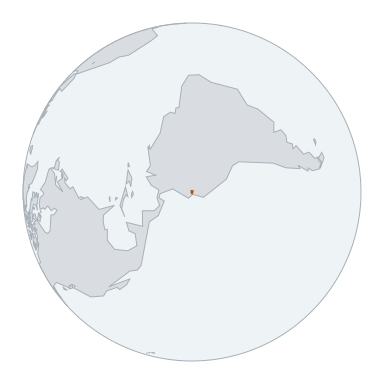 Cañar highlighted on a globe, orthographic projection, rotated 263°
{"feature_id": "ECU-1278", "entity_name": "Cañar", "entity_type": "Province", "adm_level": 1, "iso_a3": "ECU", "parent_name": "Ecuador", "parent_adm1": "", "projection": "orthographic", "projection_center": [-78.969, -2.515], "detail": "fine", "context": "on_globe", "style": "filled", "palette": "amber", "viewbox_px": 384, "rotation_deg": 263, "n_neighbors": 0, "source": "natural_earth", "source_scale": "10m", "svg_char_len": 7100}
<svg xmlns="http://www.w3.org/2000/svg" viewBox="0 0 384 384"><g transform="rotate(263 192 192)"><circle cx="192" cy="192" r="169" fill="#eef3f6" stroke="#a8b0b8"/><path d="M114.7,41.7L118.1,40.1L120.8,38.8L119.7,39.3L123.7,37.5L124.1,37.3L125.8,36.6L134.4,33.2L139.2,31.6L140.7,33.1L149.3,31.3L159.6,33.7L162.0,32.4L167.4,33.3L172.2,32.3L172.8,33.6L176.1,31.8L174.7,30.9L175.7,29.9L178.4,29.4L179.6,30.7L178.4,31.2L180.1,31.4L179.6,32.3L181.4,31.6L182.5,33.6L185.4,31.0L189.6,32.1L189.2,33.6L184.0,34.2L170.4,41.0L168.4,43.7L170.8,46.4L186.4,49.2L186.4,52.3L190.3,55.8L192.7,53.5L190.5,50.0L195.9,47.1L192.7,43.8L194.4,42.3L193.2,39.1L199.0,38.9L205.3,40.7L206.7,43.6L209.5,44.7L212.8,41.8L219.6,47.6L231.8,52.6L233.0,54.5L227.1,57.8L215.5,57.6L207.8,63.9L218.5,59.5L221.3,65.1L224.1,66.1L227.3,65.9L228.5,63.7L230.6,65.9L220.8,70.5L218.7,68.6L221.8,67.0L216.4,67.2L209.9,71.3L211.8,74.4L199.8,78.9L201.0,81.3L199.1,84.0L198.0,79.7L199.8,87.8L186.0,97.6L188.2,113.4L179.9,101.4L173.2,100.2L165.1,100.9L165.3,103.4L154.3,102.1L144.6,108.1L141.4,121.1L145.4,130.8L157.6,130.5L161.1,124.7L169.9,123.2L163.9,138.8L179.4,140.4L178.0,152.2L182.6,158.3L190.2,156.5L198.2,159.3L203.7,152.3L212.7,148.5L213.1,158.1L217.9,149.3L223.1,153.9L240.8,153.7L239.5,155.8L254.5,167.6L270.2,173.1L273.9,180.4L272.0,184.8L277.4,186.3L277.4,189.3L298.2,194.7L308.3,202.7L307.6,213.1L298.4,224.6L288.5,249.6L271.7,257.3L266.3,267.4L251.3,281.8L241.2,280.4L243.0,287.9L236.5,292.1L229.7,292.3L227.6,297.4L222.5,297.5L225.3,300.9L215.9,307.4L217.3,312.9L210.3,318.1L211.4,321.2L209.1,321.1L206.4,322.2L205.8,323.9L199.3,321.0L198.5,313.9L201.7,310.3L198.7,309.7L205.6,300.3L202.0,302.2L204.6,288.1L210.7,276.3L216.3,242.2L213.1,235.4L200.4,227.5L185.3,202.7L189.6,192.4L186.2,187.7L197.4,173.3L194.3,160.2L190.3,158.5L186.4,163.4L172.6,155.6L167.6,146.0L125.4,132.6L121.1,128.2L121.1,120.6L108.0,97.9L113.3,119.7L107.9,115.7L103.9,108.2L106.5,106.0L104.2,95.1L99.6,91.6L100.2,78.8L111.4,62.7L112.7,64.7L115.2,61.1L113.7,58.7L112.1,58.0L118.8,46.4L115.7,43.2L109.3,45.9L114.9,42.8L99.1,51.3L93.9,54.4L103.1,48.8L106.7,46.6L104.8,47.3L108.0,45.4L108.7,45.0L114.7,41.7ZM36.4,135.7L37.6,132.0L37.6,133.9L36.4,135.7ZM37.9,130.0L37.6,131.2L37.8,130.2L37.9,130.0ZM37.8,129.5L37.9,129.9L37.6,129.8L37.8,129.5ZM37.4,129.4L37.7,129.3L37.4,129.4ZM187.5,118.9L205.2,126.6L195.4,127.7L197.2,126.2L192.7,123.0L184.3,120.2L175.6,122.2L187.5,118.9ZM37.4,128.0L37.4,127.5L37.8,127.0L37.4,128.0ZM195.0,109.8L192.0,109.3L194.9,109.2L195.0,109.8ZM110.9,58.2L113.3,58.9L113.5,62.1L111.1,61.6L110.9,58.2ZM111.1,53.1L113.1,52.6L110.1,55.9L109.9,55.1L111.1,53.1ZM103.9,48.7L105.3,48.3L102.9,49.4L103.9,48.7ZM190.1,39.5L191.6,39.3L191.0,39.9L190.1,39.5ZM188.1,38.4L186.4,39.3L185.2,38.9L186.3,38.3L188.1,38.4ZM190.5,37.4L183.3,38.2L181.2,37.6L183.6,35.1L190.5,37.4ZM173.1,30.9L174.7,31.8L170.9,31.6L173.1,30.9ZM170.4,31.0L157.1,32.7L156.1,31.4L160.7,30.9L157.3,30.1L163.3,28.6L166.5,28.7L166.0,29.7L168.7,28.5L170.4,31.0ZM175.8,29.6L173.2,29.8L172.1,28.7L177.1,28.0L175.8,28.5L175.8,29.6ZM153.5,30.8L153.6,30.0L158.4,28.5L159.1,28.1L163.4,28.5L153.5,30.8ZM177.5,28.6L179.6,27.7L182.6,27.8L178.2,29.2L177.5,28.6ZM169.7,28.8L169.4,28.3L171.2,28.3L169.7,28.8ZM194.4,28.5L191.3,28.6L190.5,27.9L194.4,28.5ZM180.2,27.4L179.2,27.3L178.5,27.2L180.5,26.7L180.2,27.4ZM166.5,27.6L168.5,27.2L165.0,27.3L168.5,26.5L170.7,27.0L171.3,26.4L172.3,26.2L172.9,26.9L166.5,27.6ZM180.5,25.9L184.6,26.7L190.4,26.6L191.3,27.1L181.7,27.2L180.5,25.9ZM176.0,26.4L179.0,26.1L178.6,26.7L176.3,27.2L176.0,26.4ZM170.1,25.8L164.2,27.0L163.9,26.9L170.1,25.8ZM182.3,25.7L181.3,25.5L182.8,25.6L182.3,25.7ZM174.0,25.6L171.9,25.9L171.6,25.8L174.0,25.6ZM181.0,25.0L182.3,25.2L180.8,25.5L181.0,25.0ZM177.9,25.2L178.0,24.9L179.5,25.5L177.0,25.3L177.9,25.2ZM174.1,25.4L173.2,25.4L175.0,25.3L174.1,25.4ZM186.0,24.1L188.3,24.8L184.9,25.3L183.2,24.5L186.0,24.1ZM209.9,327.2L199.7,322.1L205.6,324.4L210.4,321.7L215.5,325.6L209.9,327.2ZM223.9,320.4L229.0,319.0L230.0,319.9L226.7,321.1L223.9,320.4ZM312.8,73.9L314.2,76.0L323.9,89.8L323.2,91.2L319.1,88.7L307.8,74.9L310.7,73.5L306.7,69.5L299.4,63.9L300.9,64.2L298.3,62.0L298.8,61.7L292.8,56.5L292.4,56.1L303.0,64.6L312.8,73.9ZM279.2,47.3L279.7,47.6L271.0,42.6L268.8,41.5L279.2,47.3ZM353.4,242.0L353.8,240.5L354.1,239.7L353.4,242.0ZM360.2,207.5L360.8,195.0L360.7,182.8L360.2,177.6L359.8,178.8L358.8,172.7L358.2,172.5L351.3,176.8L346.7,169.0L335.4,145.6L334.9,136.3L330.4,125.8L323.1,91.6L326.5,93.4L326.3,89.5L333.6,99.8L340.0,110.6L345.7,121.8L350.5,133.4L354.4,145.3L357.4,157.5L359.5,169.9L360.7,182.4L360.9,195.0L360.2,207.5ZM331.3,108.4L332.9,111.4L331.3,108.4ZM241.3,153.5L243.5,155.4L240.7,155.4L241.3,153.5ZM194.1,131.5L197.8,131.7L199.8,133.1L197.0,133.6L194.1,131.5ZM224.9,131.5L229.1,132.3L224.8,133.1L224.9,131.5ZM208.0,127.6L221.6,131.2L213.2,134.0L204.6,131.9L210.5,131.0L208.0,127.6ZM193.5,115.1L195.8,115.7L195.2,117.3L193.5,115.1ZM197.2,109.8L196.3,110.0L195.1,108.7L197.2,109.8ZM221.8,64.8L222.7,64.5L226.0,64.8L224.6,65.7L221.8,64.8ZM239.6,61.1L242.7,64.7L239.5,62.5L238.2,64.1L229.9,62.1L233.1,55.4L233.1,58.6L239.6,61.1ZM219.8,58.2L224.6,59.8L219.2,58.3L219.8,58.2ZM283.5,52.2L285.9,53.3L288.9,55.6L289.5,57.7L285.2,54.1L283.5,52.2ZM288.4,54.4L278.1,48.0L277.3,46.9L279.5,48.5L280.0,48.5L283.7,51.1L292.9,56.9L296.2,59.5L295.6,61.0L294.0,58.9L291.9,57.7L288.4,54.4ZM253.4,38.0L248.9,36.5L252.9,36.0L256.6,37.6L257.5,39.3L253.6,38.5L253.4,38.0ZM196.2,33.3L194.3,33.6L193.9,33.1L195.4,32.4L196.2,33.3ZM193.0,28.6L204.5,31.6L202.8,32.1L211.5,34.0L210.5,36.0L204.9,34.6L210.7,37.9L205.2,37.4L209.6,39.7L197.2,36.3L192.5,36.4L198.1,35.4L199.2,33.5L198.2,32.7L192.0,30.7L182.4,30.5L182.0,29.0L184.1,28.0L186.4,27.8L186.0,28.8L189.2,27.9L190.4,29.1L193.0,28.6ZM210.2,24.1L208.8,24.1L215.5,24.7L216.7,25.0L217.4,25.1L220.3,25.7L225.1,26.7L224.9,26.9L226.8,27.2L228.8,27.8L231.4,28.5L232.0,29.1L235.2,30.1L233.6,29.8L239.0,31.4L235.2,30.6L237.4,31.6L240.0,31.9L236.3,36.1L237.7,39.3L241.0,42.7L234.0,41.5L226.5,37.8L219.7,33.8L219.3,31.2L216.2,31.4L215.1,30.4L218.0,30.6L212.9,29.6L212.8,28.9L206.7,26.8L199.4,26.4L197.0,25.9L199.8,25.7L195.5,25.3L199.1,24.8L197.5,24.5L199.5,23.9L205.9,24.1L203.6,23.8L205.0,23.6L210.2,24.1ZM186.8,23.9L194.1,23.5L198.4,23.7L193.1,24.8L194.1,25.1L190.9,26.3L184.8,26.2L186.3,25.8L186.3,25.4L188.2,25.6L186.7,25.2L188.7,24.7L188.0,24.4L190.6,24.3L186.8,23.9ZM322.9,85.2L319.5,81.1L319.2,80.8L322.9,85.2ZM317.5,78.9L316.9,78.3L316.6,77.9L317.5,78.9Z" fill="#d9dde1" stroke="#a8b0b8" stroke-width="1"/><path d="M191.5,192.6L191.4,192.6L191.1,192.3L191.1,192.2L190.9,192.2L190.7,192.0L190.6,191.9L190.5,192.0L190.4,192.0L190.4,191.9L190.6,191.8L190.7,191.7L190.8,191.4L191.2,191.3L191.3,191.3L191.4,191.2L191.5,191.2L191.6,191.3L191.8,191.5L192.0,191.6L192.3,191.6L192.5,191.5L192.6,191.4L193.1,191.4L193.2,191.5L193.4,191.5L193.4,191.8L193.4,192.0L193.2,192.1L193.0,192.3L192.9,192.4L192.8,192.5L192.7,192.5L192.5,192.8L192.4,192.8L192.5,192.9L192.4,192.9L192.2,192.9L192.1,192.7L191.9,192.6L191.8,192.4L191.7,192.4L191.6,192.5L191.5,192.6Z" fill="#f59e0b" stroke="#b45309" stroke-width="1.5"/></g></svg>